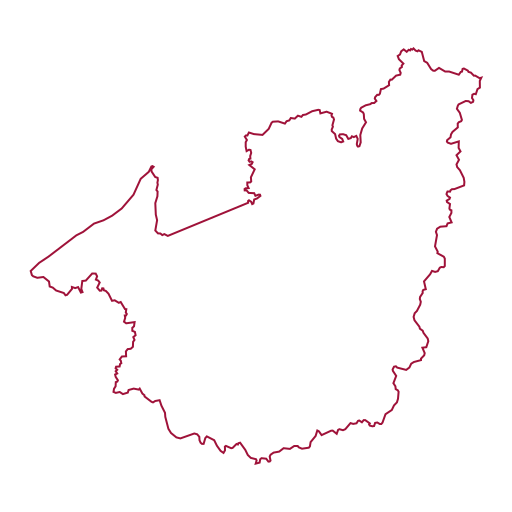 Rurópolis, Pará, Brazil (Natural Earth projection)
{"feature_id": "56859067B88659072528196", "entity_name": "Rurópolis", "entity_type": "district", "adm_level": 2, "iso_a3": "BRA", "parent_name": "Brazil", "parent_adm1": "Pará", "projection": "natural_earth1", "projection_center": [-55.157, -4.2], "detail": "fine", "context": "isolated", "style": "outline", "palette": "rose", "viewbox_px": 512, "rotation_deg": 0, "n_neighbors": 0, "source": "geoboundaries", "source_scale": "gbopen_adm2", "svg_char_len": 6032}
<svg xmlns="http://www.w3.org/2000/svg" viewBox="0 0 512 512"><path d="M426.3,347.2L428.3,341.2L427.7,338.5L423.5,332.9L422.7,330.7L419.9,328.7L419.4,326.7L414.5,320.3L413.6,316.9L414.7,313.2L416.9,311.0L420.2,304.7L420.8,301.8L419.8,299.0L420.1,296.9L422.7,293.0L422.6,291.2L423.3,289.9L425.8,289.2L424.0,281.4L430.1,274.3L432.0,270.9L435.1,271.9L437.8,271.2L439.8,267.7L441.3,267.0L443.7,267.2L444.8,266.0L444.8,258.6L443.8,256.7L437.4,253.2L437.7,251.6L435.0,246.4L437.0,235.1L435.9,231.8L437.1,228.7L440.3,226.7L446.5,226.2L447.6,223.4L451.6,222.4L449.3,217.0L451.4,212.9L451.4,210.3L449.8,209.6L449.4,208.4L450.0,204.0L447.0,202.0L446.7,200.6L449.5,199.0L450.0,197.6L447.6,196.0L446.5,194.1L446.9,192.8L447.5,191.5L450.1,191.6L450.5,190.3L452.0,189.2L454.4,189.1L464.1,185.4L464.4,181.9L463.7,177.8L459.9,170.2L457.2,167.1L456.5,164.4L459.0,159.8L456.5,155.2L460.5,151.4L458.6,147.9L458.8,141.4L451.0,143.8L447.7,142.6L446.9,141.6L447.1,140.2L450.5,137.3L451.0,134.4L452.5,131.9L457.8,127.4L457.7,123.6L458.8,122.2L461.2,121.2L461.9,119.9L459.8,112.8L456.9,108.8L457.8,105.8L458.6,104.4L465.7,101.0L468.6,101.2L470.9,102.9L473.1,101.8L473.4,100.2L472.0,98.0L472.4,94.7L474.1,93.8L475.8,94.2L477.5,89.1L479.9,87.6L479.8,80.9L481.3,77.7L479.6,78.2L475.2,75.6L473.9,75.7L470.9,72.6L468.5,71.9L467.8,70.6L463.9,68.5L462.6,68.9L462.0,71.6L460.8,71.9L458.8,74.7L449.0,71.5L445.1,71.5L439.0,67.9L434.8,70.8L433.2,70.7L431.1,69.1L427.2,62.8L424.2,61.1L421.8,51.9L418.5,50.3L417.5,51.3L415.6,50.6L413.5,48.4L412.3,49.6L411.0,49.0L410.1,50.4L408.7,49.8L406.7,51.8L403.7,49.4L401.2,51.3L400.0,54.5L397.7,56.0L398.9,59.2L403.4,63.6L401.7,65.5L401.9,67.0L399.8,68.5L399.4,70.0L400.7,72.9L400.2,74.7L396.1,75.6L391.8,79.7L390.4,79.6L388.9,81.9L389.1,85.2L383.6,88.6L380.9,89.1L379.9,93.7L378.8,94.9L377.2,94.8L375.1,97.2L374.8,98.6L376.4,101.0L374.2,103.0L371.5,103.1L370.5,104.1L365.7,105.3L361.2,107.7L360.3,109.1L360.1,110.6L363.1,112.5L363.8,114.1L364.1,118.9L366.0,122.3L362.2,128.4L360.3,135.0L360.7,142.4L359.4,146.2L358.0,146.6L357.2,145.7L356.8,144.1L357.7,138.9L356.3,135.9L353.8,137.1L351.9,136.3L350.8,138.1L348.3,138.9L346.2,135.2L343.1,134.2L339.9,134.4L339.0,135.8L339.5,137.1L342.2,138.9L343.2,141.5L341.1,142.3L337.9,141.2L336.1,138.6L335.1,134.1L331.8,131.1L331.7,129.5L332.9,126.7L332.4,125.3L334.0,119.5L333.3,117.5L332.0,116.9L331.5,115.4L332.0,113.8L326.6,111.7L320.4,113.4L319.7,110.1L318.3,109.8L312.2,111.2L305.9,114.5L302.9,115.0L301.4,116.8L297.9,115.7L294.8,118.6L290.8,118.0L289.3,120.4L286.6,121.2L284.9,123.6L278.2,121.4L272.9,121.7L271.6,122.7L268.7,128.9L262.5,134.9L253.9,134.1L248.9,132.5L247.4,135.5L246.0,135.4L244.8,136.6L246.9,140.0L245.7,142.2L245.7,146.7L246.6,151.1L249.0,149.7L250.5,150.0L251.2,152.9L250.2,156.0L250.4,158.6L249.2,158.9L248.6,160.4L249.6,161.8L251.3,161.4L252.6,162.2L251.8,163.9L249.3,165.0L254.7,169.3L250.9,177.3L251.2,181.5L250.2,182.4L247.3,182.5L247.3,185.2L248.6,188.1L245.6,188.3L244.6,189.0L244.7,190.4L246.6,190.4L248.7,192.9L254.2,193.2L255.4,195.8L258.7,194.6L260.0,194.7L260.4,195.9L257.0,198.5L254.2,199.5L253.4,203.5L252.2,204.1L251.2,201.8L249.0,200.3L248.1,201.0L248.1,202.8L167.8,235.9L164.3,234.1L162.3,235.1L160.4,233.5L158.0,233.4L155.3,230.5L157.1,220.2L155.8,214.6L155.3,203.1L157.4,196.3L157.6,191.5L156.4,190.0L157.8,184.6L157.4,182.7L157.9,180.1L157.6,177.8L155.2,177.0L151.5,171.4L151.4,169.2L153.6,166.8L152.5,166.1L151.4,166.5L148.8,171.8L140.7,178.8L133.5,194.7L121.7,208.5L112.1,215.7L103.5,220.3L94.0,223.6L83.1,231.9L76.4,235.3L48.4,256.7L39.2,262.8L30.7,271.0L31.9,275.1L33.2,276.3L37.3,277.8L43.4,277.0L49.0,281.5L49.7,286.5L52.8,287.6L56.1,290.5L63.8,293.0L65.5,295.3L67.1,294.8L72.0,288.9L71.9,287.0L75.2,288.1L78.1,287.1L80.9,292.6L82.5,292.1L81.3,288.9L82.3,281.0L85.8,280.6L92.2,273.5L95.7,273.6L97.1,276.3L95.9,279.6L98.2,280.6L99.7,282.5L97.2,287.6L99.8,290.7L101.4,290.6L102.2,288.3L103.4,288.4L103.9,290.3L105.8,290.9L108.5,293.7L112.0,300.8L114.7,300.3L118.8,302.8L120.7,302.0L125.0,309.1L126.3,309.2L125.8,312.5L126.8,314.0L126.0,315.5L124.8,315.5L125.2,317.9L124.0,321.7L126.2,323.3L134.6,322.1L134.0,326.3L132.3,327.8L132.3,330.8L134.9,331.9L135.6,335.2L133.3,337.1L134.5,339.9L133.1,341.8L132.9,346.8L130.7,348.8L127.7,349.1L125.9,351.4L126.1,356.3L121.9,356.5L119.7,359.4L120.8,360.7L121.3,363.2L120.1,364.0L119.6,366.5L116.1,366.7L115.6,368.3L117.2,369.8L115.7,371.2L117.2,373.5L115.1,374.5L115.7,376.9L117.9,380.3L117.3,381.6L115.8,382.1L115.6,386.3L114.0,388.8L113.5,391.9L115.8,392.9L119.7,392.0L122.9,394.1L127.8,392.6L128.6,390.0L133.7,388.6L138.7,389.6L139.7,388.6L142.4,393.6L144.4,395.2L144.6,396.5L151.5,401.8L153.0,402.4L155.2,401.0L159.6,400.2L161.4,405.6L165.0,412.8L165.3,416.9L168.4,428.8L171.0,433.0L176.4,437.4L180.4,438.4L194.3,433.5L197.2,434.3L199.3,436.8L199.5,440.2L200.6,442.7L202.0,443.9L203.6,443.9L205.3,438.1L206.8,436.4L214.2,440.2L216.9,445.7L220.6,450.9L223.5,452.9L225.0,450.3L224.9,446.6L225.9,445.9L231.2,448.2L232.6,447.9L236.5,444.0L237.9,444.5L238.4,443.2L240.1,442.7L245.3,449.9L247.8,455.0L250.8,457.9L256.0,459.2L256.6,460.4L255.7,463.6L259.6,462.6L260.2,459.3L261.5,458.2L266.2,458.7L268.4,461.6L269.7,461.5L270.5,460.6L269.7,456.5L270.6,454.7L273.6,452.6L279.2,451.6L283.6,448.2L289.9,448.9L294.2,446.0L297.7,446.0L298.7,447.3L302.0,448.7L308.8,447.7L309.9,446.4L310.6,442.1L315.6,436.0L317.3,430.5L318.9,431.3L321.6,435.1L331.1,430.7L332.7,430.6L336.7,433.8L338.1,429.9L339.4,429.2L343.0,430.2L345.3,429.2L350.5,423.1L353.2,423.9L356.5,423.3L358.0,420.9L359.2,420.5L361.9,422.3L363.7,420.1L365.2,420.1L369.8,423.4L369.1,424.4L369.8,425.6L372.4,426.3L374.1,426.0L375.1,422.9L377.3,422.5L379.8,424.0L381.3,424.0L382.5,422.6L385.5,414.2L391.8,410.0L394.0,405.4L396.9,402.4L398.0,398.8L398.6,391.8L397.8,390.3L395.7,389.1L395.4,386.3L393.4,383.2L396.2,375.9L392.9,370.9L392.6,369.5L394.0,366.7L395.9,366.3L397.2,367.6L406.2,369.9L409.4,367.5L411.2,363.7L413.9,362.0L421.0,360.1L421.0,358.6L424.2,355.3L424.7,353.1L422.4,347.7L426.3,347.2Z" fill="none" stroke="#9f1239" stroke-width="2"/></svg>